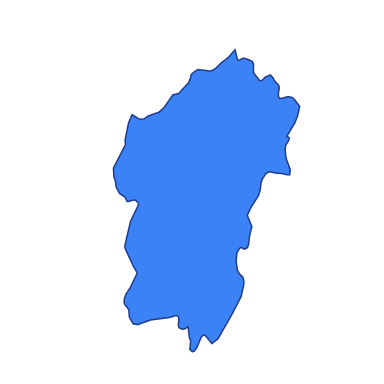 the County of Rapla, rotated 292°
{"feature_id": "EST-2348", "entity_name": "Rapla", "entity_type": "County", "adm_level": 1, "iso_a3": "EST", "parent_name": "Estonia", "parent_adm1": "", "projection": "natural_earth1", "projection_center": [24.741, 58.948], "detail": "fine", "context": "isolated", "style": "filled", "palette": "blue", "viewbox_px": 384, "rotation_deg": 292, "n_neighbors": 0, "source": "natural_earth", "source_scale": "10m", "svg_char_len": 2066}
<svg xmlns="http://www.w3.org/2000/svg" viewBox="0 0 384 384"><g transform="rotate(292 192 192)"><path d="M58.9,267.2L63.3,259.2L64.0,257.4L63.2,255.9L60.7,254.9L49.7,254.8L45.3,253.7L44.0,252.1L45.2,249.0L53.8,246.4L55.5,244.4L65.5,238.9L62.0,236.2L61.1,234.1L61.2,231.1L62.9,229.4L69.2,227.4L71.5,225.9L71.7,223.5L69.4,221.0L66.8,217.5L57.8,201.5L48.7,191.4L47.7,186.9L52.4,180.9L59.1,177.5L61.0,174.8L61.6,173.3L62.6,171.8L64.3,170.3L67.5,169.3L72.8,169.1L80.4,170.6L96.4,171.6L101.4,165.2L114.1,151.7L116.3,150.0L129.5,147.9L141.9,146.0L159.3,147.1L161.5,146.8L163.2,142.6L162.8,141.1L161.0,138.5L159.5,136.9L159.0,135.2L162.2,131.7L163.4,125.6L167.1,121.0L169.0,119.3L173.6,116.8L176.9,113.8L184.7,110.2L211.1,112.6L213.1,111.4L216.4,110.2L232.5,107.3L241.3,107.5L240.0,114.7L240.3,117.7L241.8,120.2L246.1,122.9L250.3,127.6L252.7,130.5L253.9,131.6L259.4,134.3L275.0,137.9L278.4,142.8L292.1,147.9L297.6,147.9L298.9,147.4L301.2,147.5L303.8,148.9L307.8,151.6L308.6,155.0L309.3,156.9L309.7,158.9L310.2,160.7L310.6,162.8L312.1,165.1L315.3,167.5L322.6,170.7L330.2,175.2L340.0,178.6L332.0,184.4L331.7,185.4L332.2,186.9L333.8,188.0L335.4,189.5L335.8,192.8L335.9,195.8L335.5,199.0L333.8,201.0L331.3,202.1L329.3,202.7L325.4,204.8L320.6,213.0L321.0,214.1L322.1,215.4L325.8,216.8L329.9,220.7L328.2,224.4L326.0,226.9L324.2,231.0L322.9,232.8L321.2,234.0L315.8,235.1L312.6,236.6L311.7,238.2L312.4,240.1L316.4,245.2L317.1,249.2L316.6,251.5L311.7,259.8L302.5,261.3L295.1,261.5L279.2,259.1L278.8,261.7L277.9,262.1L275.4,262.2L271.3,261.5L269.9,261.5L266.2,262.5L261.4,264.9L257.7,267.3L249.4,274.8L244.5,276.1L243.5,273.3L242.9,268.8L240.7,261.7L240.0,256.8L238.6,254.9L235.9,253.4L230.1,252.4L225.7,252.7L219.8,254.4L213.7,255.0L199.0,252.3L191.0,252.0L182.4,260.4L172.1,262.0L164.4,264.1L161.2,264.2L158.6,262.1L158.7,260.4L159.0,258.5L158.1,257.4L154.5,256.7L151.8,256.6L144.1,258.9L136.7,263.3L135.3,264.8L133.8,266.8L132.3,270.7L131.3,271.8L129.1,273.3L125.6,274.7L113.5,276.7L94.8,275.0L65.6,271.1L58.9,267.2Z" fill="#3b82f6" stroke="#1e3a8a" stroke-width="1.5"/></g></svg>